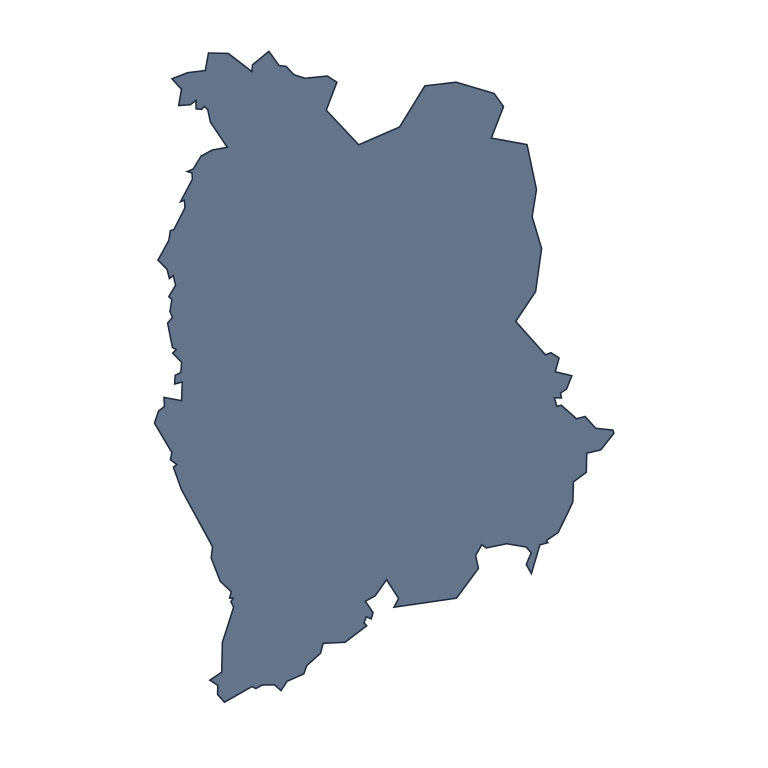 Tuxpan, Michoacán, Mexico (Albers equal-area conic projection), rotated 93°
{"feature_id": "50627088B72618963971649", "entity_name": "Tuxpan", "entity_type": "district", "adm_level": 2, "iso_a3": "MEX", "parent_name": "Mexico", "parent_adm1": "Michoacán", "projection": "albers", "projection_center": [-100.476, 19.578], "detail": "medium", "context": "isolated", "style": "filled", "palette": "slate", "viewbox_px": 768, "rotation_deg": 93, "n_neighbors": 0, "source": "geoboundaries", "source_scale": "gbopen_adm2", "svg_char_len": 1953}
<svg xmlns="http://www.w3.org/2000/svg" viewBox="0 0 768 768"><g transform="rotate(93 384 384)"><path d="M500.0,580.8L555.5,546.7L566.8,547.5L589.6,537.2L599.5,525.7L605.9,527.0L605.9,523.4L609.4,525.5L614.8,522.5L650.6,531.9L680.3,531.0L688.9,542.5L693.7,534.2L702.7,534.0L710.2,526.7L693.1,500.0L694.9,496.0L691.0,489.9L690.2,477.6L695.6,470.8L686.0,465.2L677.6,448.8L669.4,446.5L656.2,433.3L646.2,431.2L644.0,409.4L626.3,388.6L623.5,391.4L617.4,389.5L619.3,384.5L612.9,382.9L601.9,391.2L596.1,381.8L579.4,371.2L597.4,358.2L606.4,362.4L594.1,300.4L563.2,280.0L550.5,283.5L539.4,277.9L542.4,273.3L537.1,253.1L539.4,233.5L544.8,228.2L556.8,232.5L565.7,226.9L536.5,219.9L533.9,212.1L531.8,213.6L523.2,202.3L501.6,193.1L491.7,189.2L471.8,189.7L461.6,177.3L442.5,177.9L438.5,164.1L421.2,151.8L418.0,153.0L417.1,170.3L405.9,181.5L408.6,190.0L395.9,205.9L397.3,210.2L388.9,213.1L388.7,206.0L383.8,207.3L379.5,201.4L365.9,196.8L362.8,213.6L348.9,210.5L344.0,218.9L346.4,224.3L314.6,255.7L283.7,237.4L240.4,233.7L209.2,244.8L181.8,241.9L137.4,253.7L132.8,289.7L100.7,279.1L88.1,289.3L78.8,327.9L84.1,358.8L126.5,381.9L146.4,421.8L113.6,456.0L85.1,446.8L79.4,456.7L82.8,478.8L79.9,490.1L71.9,498.4L71.5,505.4L57.8,516.4L72.2,532.1L78.9,532.3L62.0,556.8L62.6,576.6L80.3,578.9L83.4,596.6L90.3,611.7L100.3,601.7L116.7,603.7L115.3,592.1L110.7,586.6L119.1,586.1L119.3,580.3L116.2,578.3L118.9,574.5L131.7,571.0L155.8,552.9L159.3,567.7L165.9,578.6L179.3,585.8L182.1,591.6L183.4,586.7L189.6,586.1L212.7,596.8L210.9,592.9L218.6,592.1L240.8,601.9L242.0,605.4L251.8,606.4L272.1,616.2L281.0,606.6L290.0,603.8L286.8,600.2L296.2,597.3L308.0,603.5L310.8,600.3L322.8,601.6L328.6,598.8L334.5,603.3L358.7,597.2L360.3,593.3L364.2,596.7L372.9,587.3L383.1,587.5L386.2,593.0L395.0,593.1L392.6,585.6L411.2,585.3L408.9,603.1L418.0,602.1L422.7,607.7L435.1,611.2L463.5,592.3L470.9,593.4L475.3,586.6L478.0,590.0L500.0,580.8Z" fill="#64748b" stroke="#1e293b" stroke-width="1.5"/></g></svg>